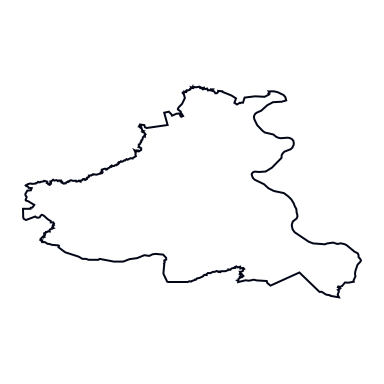 Nīkrāces pag., Skrundas, Latvia
{"feature_id": "27541924B53930703162025", "entity_name": "Nīkrāces pag.", "entity_type": "district", "adm_level": 2, "iso_a3": "LVA", "parent_name": "Latvia", "parent_adm1": "Skrundas", "projection": "equal_earth", "projection_center": [21.891, 56.568], "detail": "fine", "context": "isolated", "style": "outline", "palette": "ink", "viewbox_px": 384, "rotation_deg": 0, "n_neighbors": 0, "source": "geoboundaries", "source_scale": "gbopen_adm2", "svg_char_len": 5915}
<svg xmlns="http://www.w3.org/2000/svg" viewBox="0 0 384 384"><path d="M28.2,184.0L25.7,185.4L26.3,186.1L27.6,186.4L28.8,187.9L31.7,188.1L30.9,190.3L27.3,190.6L25.3,194.1L25.6,195.6L26.7,197.0L25.6,199.9L26.0,200.6L28.1,201.2L34.3,204.9L32.4,207.5L30.7,207.8L30.5,208.8L23.0,208.8L23.2,217.2L23.7,218.8L26.0,220.0L35.3,216.5L36.5,217.5L38.6,217.7L39.7,217.2L40.7,215.6L41.9,214.8L43.9,215.7L47.7,219.2L50.8,221.1L50.8,222.4L54.1,222.4L53.2,222.8L54.0,223.5L53.6,224.2L53.9,224.9L53.0,225.0L52.7,225.5L53.1,226.5L52.3,227.2L53.6,228.1L49.9,229.5L49.4,230.5L49.7,231.5L47.7,231.4L47.0,232.0L45.9,232.0L45.7,232.8L44.2,233.2L44.2,234.3L45.0,234.7L44.6,235.7L44.0,235.9L44.4,236.9L43.4,236.9L43.3,237.4L42.5,237.0L40.4,239.2L40.8,240.0L41.9,240.2L41.7,240.5L42.2,241.0L41.6,241.0L42.1,241.4L42.1,242.1L44.9,242.1L47.5,243.8L49.6,244.0L51.7,244.8L58.4,245.4L59.0,245.9L58.5,247.3L65.2,252.3L78.8,256.7L82.5,258.9L86.1,258.9L88.6,259.8L98.4,259.8L99.7,258.9L113.9,261.6L123.2,261.6L129.4,259.2L137.2,258.1L144.3,255.2L149.3,255.9L152.5,254.3L155.7,253.9L163.1,254.6L166.1,257.8L166.2,259.6L164.4,260.3L164.3,261.4L164.8,262.0L164.0,263.7L164.3,263.9L163.4,273.2L163.7,274.4L167.2,281.7L168.3,282.0L187.7,282.0L189.3,281.3L191.4,281.5L191.8,281.0L195.4,279.8L195.3,279.5L196.2,279.4L197.2,278.3L199.3,278.0L202.5,276.6L203.3,276.1L203.4,275.5L204.6,274.8L206.4,275.0L206.2,274.5L208.0,273.0L210.2,273.2L212.8,271.9L214.9,271.8L216.6,271.0L218.9,272.1L219.6,272.0L219.6,271.6L220.3,271.9L220.3,271.5L221.4,271.2L225.3,271.2L228.7,269.9L228.6,269.5L230.4,269.8L231.0,268.9L232.3,268.2L235.1,267.9L234.9,267.1L236.3,266.4L237.7,267.4L240.2,266.7L240.3,268.5L243.2,267.9L244.2,269.0L243.2,269.6L242.9,270.9L241.1,271.8L239.9,271.8L240.4,273.1L239.7,274.1L240.2,274.4L241.6,274.0L243.4,276.0L242.0,277.1L240.7,276.3L239.9,276.6L240.3,277.7L238.6,278.7L238.4,280.2L237.3,280.5L238.6,281.5L238.4,282.0L245.6,280.3L249.1,280.7L253.8,279.7L256.6,280.4L266.7,281.0L267.3,283.0L270.5,285.6L299.4,272.5L319.5,291.9L321.7,291.8L326.1,294.6L330.1,295.3L330.5,295.9L339.0,297.3L337.7,294.7L339.0,291.1L337.9,289.8L340.3,288.5L339.8,287.8L337.9,287.1L338.2,286.5L340.2,286.8L342.1,286.0L345.0,282.5L348.4,282.7L353.8,281.7L353.5,280.6L355.4,276.3L355.0,273.6L355.5,270.6L357.6,264.6L360.4,261.7L361.0,260.4L360.0,258.6L358.6,257.2L358.5,255.0L357.7,253.3L354.4,251.6L346.8,245.3L344.7,244.2L340.8,243.3L337.5,244.0L333.1,242.6L327.3,243.4L324.9,244.3L313.1,243.4L308.7,241.7L294.7,232.3L292.6,229.4L291.8,225.7L291.9,224.4L292.8,221.5L296.6,218.5L297.4,216.7L297.3,214.6L296.7,212.9L296.3,208.9L294.9,206.5L293.7,203.3L291.4,199.5L288.2,196.3L283.9,193.1L273.9,191.0L268.5,188.3L264.0,184.2L254.7,179.7L253.2,178.3L252.4,176.8L251.7,174.8L251.9,173.6L253.2,172.1L255.0,171.6L259.0,172.0L265.7,171.5L272.0,167.6L281.5,157.9L281.7,155.1L282.7,153.4L284.3,151.7L290.7,149.2L292.3,147.7L293.6,145.1L293.8,143.8L293.5,141.1L292.2,139.3L289.7,138.0L287.6,137.7L280.7,138.2L278.8,137.9L276.3,136.9L273.4,134.5L264.8,132.5L262.8,131.0L257.2,125.2L254.4,119.4L253.9,117.2L254.3,115.4L255.2,113.8L256.7,112.7L261.2,110.7L267.3,105.2L273.0,102.2L281.8,101.7L286.2,100.4L285.3,97.0L283.5,95.0L277.7,92.2L273.8,91.3L268.8,91.4L269.5,92.3L268.5,93.3L269.4,94.0L268.9,94.6L264.6,96.8L255.1,96.3L244.6,97.6L243.0,102.7L241.3,102.6L240.4,103.1L239.8,102.8L237.0,104.5L234.4,102.8L236.0,98.4L231.5,95.5L222.5,91.9L222.4,91.3L218.2,90.9L218.3,91.7L216.9,93.2L215.4,93.3L214.1,91.4L211.2,90.5L211.5,89.9L212.7,89.8L213.0,89.4L210.7,89.3L209.7,90.2L207.9,90.4L207.2,88.6L205.5,89.1L204.4,88.5L204.0,87.7L203.4,88.2L203.4,89.2L202.9,89.4L202.4,89.1L202.2,87.9L200.2,88.1L199.9,87.7L200.2,87.0L199.4,86.7L196.1,87.3L194.2,86.9L193.4,88.1L192.3,88.0L192.3,87.2L191.9,87.8L191.0,87.4L191.2,88.1L190.1,88.9L190.3,89.3L189.6,89.9L188.0,90.4L186.7,90.2L185.9,91.1L187.2,91.9L185.7,91.7L185.3,91.0L185.5,91.9L184.5,91.7L184.8,92.3L184.4,92.6L182.7,92.6L182.6,92.8L183.9,94.5L184.9,98.0L182.1,103.8L178.7,107.3L177.9,108.8L177.9,109.5L180.7,111.5L180.7,112.4L183.1,116.0L181.3,116.8L180.3,115.8L179.7,113.6L179.0,113.5L176.3,113.8L172.1,115.7L171.3,114.2L168.8,111.7L164.2,112.7L167.6,125.0L146.7,128.0L145.0,127.3L144.3,125.1L139.9,124.5L139.2,126.2L140.8,125.9L141.2,127.0L139.8,127.1L141.9,129.0L142.2,130.5L143.6,131.0L142.4,131.8L144.3,132.8L145.5,134.3L144.9,134.9L145.0,135.5L144.5,135.6L144.7,136.6L143.9,136.3L142.9,137.3L142.4,139.7L141.3,140.4L141.5,141.1L140.9,141.7L141.0,142.2L140.6,142.3L140.2,143.8L138.8,144.5L138.7,145.4L139.4,146.7L138.8,147.1L141.2,148.2L141.2,149.9L138.9,151.4L137.3,151.2L137.6,150.5L136.1,150.4L135.6,150.9L134.5,150.3L135.5,152.3L136.1,152.0L135.5,152.5L135.8,152.9L135.4,154.2L135.9,156.2L133.0,157.9L132.7,158.5L130.5,158.2L127.7,159.7L126.6,159.1L125.0,160.5L124.3,160.3L122.6,161.6L121.2,161.7L120.9,161.3L120.2,162.0L118.8,162.1L118.3,162.7L118.9,163.3L118.0,164.3L116.6,164.5L116.5,165.2L115.2,165.2L113.8,166.1L112.4,165.8L111.7,166.3L111.4,165.7L110.6,166.3L110.9,166.9L110.0,166.9L109.7,167.5L107.2,168.7L107.5,169.0L107.3,169.3L106.2,169.5L106.2,169.0L104.8,168.7L101.7,169.7L101.6,170.2L102.3,171.1L101.1,172.1L102.4,172.6L102.1,173.1L96.3,174.7L93.2,174.2L93.0,174.8L91.3,175.0L91.0,175.6L88.9,175.6L89.0,176.8L86.8,177.8L86.6,178.2L87.3,178.4L87.1,178.9L85.2,180.0L84.3,179.7L84.1,179.0L83.0,179.1L81.5,180.7L79.7,180.7L80.0,181.4L78.7,180.9L76.8,181.6L76.0,181.4L75.9,180.7L73.0,180.9L71.0,180.2L69.5,180.8L69.4,181.4L68.1,181.4L67.9,182.1L66.5,182.2L65.7,183.4L64.8,183.2L63.9,183.7L61.9,182.7L62.4,182.1L62.1,181.7L61.4,181.9L60.5,181.4L60.8,180.5L58.4,180.5L57.9,181.1L56.5,180.1L54.3,180.6L53.1,179.7L51.7,181.0L50.4,181.4L50.8,182.1L50.3,182.9L51.0,182.7L50.9,183.8L49.7,184.9L48.2,184.2L47.4,182.9L47.1,182.9L47.5,182.2L47.1,181.6L44.4,180.9L44.4,181.2L40.2,182.0L39.8,182.4L38.0,181.9L37.8,182.5L36.1,183.0L35.9,183.5L32.3,183.9L30.5,183.5L28.2,184.0Z" fill="none" stroke="#020617" stroke-width="2"/></svg>